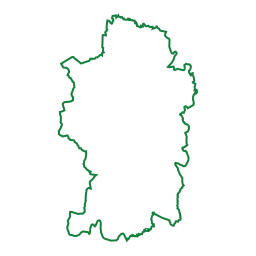 Guadalupe, Puebla, Mexico (Natural Earth projection)
{"feature_id": "50627088B56399187703173", "entity_name": "Guadalupe", "entity_type": "district", "adm_level": 2, "iso_a3": "MEX", "parent_name": "Mexico", "parent_adm1": "Puebla", "projection": "natural_earth1", "projection_center": [-98.145, 18.05], "detail": "fine", "context": "isolated", "style": "outline", "palette": "green", "viewbox_px": 256, "rotation_deg": 0, "n_neighbors": 0, "source": "geoboundaries", "source_scale": "gbopen_adm2", "svg_char_len": 5774}
<svg xmlns="http://www.w3.org/2000/svg" viewBox="0 0 256 256"><path d="M180.1,219.8L180.8,218.7L180.3,217.7L180.4,217.2L180.2,216.8L180.6,216.1L180.0,215.2L180.0,213.4L179.6,213.1L179.0,209.9L177.4,208.4L177.8,207.1L177.2,205.7L177.8,203.6L177.4,202.2L177.9,201.2L177.6,200.8L177.4,198.0L178.0,197.2L177.5,196.0L177.9,195.2L177.5,194.6L177.9,193.6L179.6,191.9L179.5,191.5L180.3,190.2L180.3,189.3L181.9,188.0L181.9,187.4L182.4,187.2L183.0,186.1L183.7,185.5L182.6,184.0L182.2,180.6L182.4,178.1L180.0,174.5L178.3,170.6L177.7,168.0L175.6,165.2L175.2,163.3L175.7,162.9L178.3,163.5L180.8,165.1L182.5,165.4L183.3,166.3L185.2,166.1L186.5,164.4L186.8,163.0L187.4,162.5L188.4,159.9L188.6,158.3L188.4,157.2L186.5,151.7L185.7,151.5L185.5,150.9L185.0,151.1L183.5,150.7L182.8,149.8L182.3,148.3L182.9,147.4L183.7,147.6L184.8,146.7L185.3,146.7L185.5,146.3L186.7,145.7L187.3,144.8L186.6,143.8L186.4,138.9L186.8,137.9L186.7,137.1L186.3,135.2L185.2,132.9L188.0,131.3L188.9,129.0L188.9,126.3L188.3,125.2L187.7,124.7L185.6,124.1L185.2,123.6L185.0,123.2L184.5,123.2L184.2,122.3L183.4,121.9L182.6,119.7L183.1,118.8L181.9,116.0L181.4,115.3L180.0,114.5L180.4,113.7L181.4,113.6L182.5,112.3L183.8,112.8L185.0,110.0L184.3,107.1L185.6,106.2L186.9,107.0L187.8,108.2L193.4,105.0L193.5,103.9L193.8,103.6L193.5,101.2L192.9,99.4L193.2,98.2L193.0,97.2L193.6,95.1L194.3,94.5L194.4,94.0L195.6,92.0L196.5,92.2L196.5,92.9L197.2,92.2L196.6,89.8L194.5,90.2L194.9,88.8L194.6,86.9L195.1,85.9L195.3,83.7L193.4,83.1L192.8,82.1L194.2,81.1L194.2,80.0L193.6,76.9L192.5,74.7L192.8,73.2L192.2,73.2L191.5,73.7L191.3,75.2L190.9,75.4L189.1,72.6L188.9,70.8L190.2,69.5L190.9,66.9L190.7,65.6L189.4,64.3L187.4,64.3L186.1,63.8L184.3,65.1L184.7,67.6L184.6,69.5L183.8,70.2L182.7,70.1L177.9,68.9L175.1,69.9L174.3,69.8L173.9,69.5L174.2,68.7L173.5,66.6L169.4,67.3L167.9,66.9L171.6,62.9L173.8,59.2L174.5,56.4L176.7,53.7L176.2,52.1L175.3,51.6L174.3,52.1L173.1,53.7L172.1,53.4L171.2,52.3L169.3,46.7L169.5,40.3L169.3,39.1L169.0,38.6L167.7,38.2L165.7,36.6L165.0,35.2L165.2,34.0L166.1,31.8L160.5,30.7L159.8,30.1L159.0,28.6L157.5,27.9L157.0,26.5L156.4,26.5L156.3,27.3L152.6,28.8L153.0,27.6L152.6,26.8L150.3,27.1L149.2,26.7L148.5,25.7L146.1,26.3L145.2,25.8L144.7,24.6L144.0,24.3L143.3,23.0L143.3,24.0L142.7,25.0L142.9,26.6L141.7,26.8L141.0,26.1L140.8,27.3L140.4,27.4L138.1,26.2L137.1,26.1L136.9,25.7L137.2,25.2L136.6,23.1L136.0,22.4L135.7,21.4L135.8,23.3L135.6,23.5L135.1,23.2L134.7,20.6L133.4,20.6L132.3,20.4L132.3,20.1L130.0,20.1L129.8,18.9L128.5,18.7L128.1,18.7L128.1,19.6L127.5,19.3L126.9,19.8L123.6,19.4L123.7,18.4L123.0,18.4L122.4,18.0L121.9,17.0L120.7,17.5L120.2,16.9L118.6,16.7L118.3,15.4L116.2,17.6L115.9,15.4L114.0,15.9L112.6,15.9L112.1,18.4L113.1,18.9L113.4,20.7L112.5,21.7L112.1,23.5L111.7,23.7L110.6,22.9L109.1,20.9L107.4,20.4L106.7,25.7L106.6,28.9L107.3,29.7L106.5,31.0L105.8,31.3L105.4,32.0L105.2,32.8L105.6,33.2L105.9,34.3L105.9,35.4L103.3,35.0L102.7,35.2L102.3,47.4L103.2,47.8L102.9,51.3L103.8,52.4L102.1,53.0L102.1,55.4L101.5,54.9L100.4,54.8L97.6,57.3L95.8,57.5L94.8,58.7L93.1,58.8L92.2,59.2L91.8,58.6L90.3,58.7L89.5,60.7L81.1,63.5L74.2,58.0L73.4,57.0L72.1,57.0L61.1,63.7L63.3,67.5L66.8,67.9L68.6,69.7L69.2,71.8L67.7,74.7L67.6,75.3L68.5,75.7L69.5,77.8L70.7,78.0L71.5,79.8L72.5,80.6L72.5,81.7L73.9,82.5L74.4,87.3L73.4,88.5L71.4,94.1L72.8,97.7L73.1,97.6L73.0,100.3L71.9,100.7L71.5,101.2L69.3,101.7L64.8,102.1L64.0,102.5L63.2,103.2L62.8,104.1L63.3,106.8L64.0,108.3L64.4,110.4L62.2,111.4L59.9,112.0L60.0,114.2L61.0,117.1L60.6,122.6L61.8,124.0L61.8,125.5L61.0,126.8L61.0,127.5L59.2,130.6L58.8,130.8L59.1,133.2L58.9,134.1L60.4,135.4L62.3,136.0L62.6,136.5L67.5,135.4L68.4,137.2L68.5,138.3L69.6,138.9L70.3,140.0L72.6,140.1L74.3,140.6L74.8,142.2L76.8,143.3L77.4,144.9L78.4,146.0L78.8,147.4L79.4,148.4L80.8,148.2L81.8,149.8L82.5,150.4L83.7,150.7L84.6,151.4L85.9,151.2L86.2,152.9L86.1,155.4L85.4,158.9L84.1,161.0L84.2,162.3L83.5,164.0L84.1,164.8L84.1,166.3L84.6,167.2L85.6,167.7L85.8,168.2L87.4,170.1L88.2,170.3L89.1,171.5L89.7,171.2L90.7,171.6L90.0,173.0L90.4,174.2L96.2,175.1L94.4,176.5L93.6,178.0L91.8,180.0L89.9,181.4L89.8,183.1L90.8,188.6L89.1,187.9L88.1,188.2L86.7,189.5L85.8,195.2L85.6,200.3L85.9,200.5L84.8,204.3L84.9,206.4L84.3,207.7L84.3,208.8L84.8,209.7L84.5,210.8L84.8,211.8L82.6,213.8L80.5,213.6L78.9,213.8L78.5,214.1L71.6,211.9L70.2,211.9L69.9,214.0L70.0,216.8L67.9,220.6L67.9,221.7L68.4,223.0L68.1,225.0L67.3,226.6L67.5,229.5L68.5,231.7L68.9,233.5L69.7,234.6L70.4,235.0L72.2,235.1L73.6,235.8L76.0,236.0L78.9,235.0L81.4,232.3L82.9,231.5L87.9,232.1L88.4,232.6L88.9,233.7L89.4,233.8L89.9,232.8L90.4,227.6L91.5,224.9L92.3,224.4L92.9,224.4L93.6,224.7L94.5,226.1L94.9,226.4L95.7,225.4L97.5,221.2L97.9,220.7L99.3,220.4L100.2,220.8L100.8,223.0L100.6,228.4L101.0,232.2L102.6,236.5L103.4,237.8L105.2,238.8L110.9,240.6L116.5,240.3L118.0,238.8L118.8,236.4L121.5,233.8L122.7,233.5L123.4,233.8L124.1,234.7L126.8,240.3L127.3,239.1L127.6,239.5L128.3,239.3L129.6,237.4L130.1,236.2L131.0,235.7L131.9,236.2L132.4,234.8L132.6,234.9L132.9,235.8L133.6,235.9L134.3,234.9L134.1,236.1L134.6,236.4L136.0,236.0L137.4,236.5L137.7,236.2L137.2,234.8L138.3,235.1L138.4,234.2L138.7,233.9L139.4,234.8L139.8,234.8L140.1,234.3L141.3,233.8L142.0,234.1L142.8,232.1L144.2,231.7L144.3,231.0L144.0,230.2L145.1,229.5L145.5,230.9L148.6,231.0L149.2,230.6L149.0,229.8L148.3,229.2L150.6,229.5L151.1,228.8L151.4,227.0L152.2,226.2L153.4,225.9L153.8,226.5L154.0,226.3L153.7,224.1L152.6,224.0L151.9,223.1L151.9,221.2L151.5,220.5L151.3,219.0L152.1,215.9L153.3,214.6L153.3,213.9L152.7,213.6L152.5,213.1L152.8,212.6L153.9,212.6L154.5,213.8L161.9,217.7L169.5,220.4L169.5,221.6L170.1,222.3L170.5,224.0L171.1,224.8L173.5,225.8L174.3,224.0L175.6,222.4L175.8,221.3L176.5,221.2L177.9,221.7L178.2,221.6L178.8,220.1L180.1,219.8Z" fill="none" stroke="#15803d" stroke-width="2"/></svg>